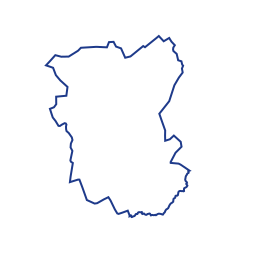 Talin, Aragatsotn, Armenia, rotated 250°
{"feature_id": "60910142B13156315773752", "entity_name": "Talin", "entity_type": "district", "adm_level": 2, "iso_a3": "ARM", "parent_name": "Armenia", "parent_adm1": "Aragatsotn", "projection": "natural_earth1", "projection_center": [43.741, 40.354], "detail": "fine", "context": "isolated", "style": "outline", "palette": "blue", "viewbox_px": 256, "rotation_deg": 250, "n_neighbors": 0, "source": "geoboundaries", "source_scale": "gbopen_adm2", "svg_char_len": 2961}
<svg xmlns="http://www.w3.org/2000/svg" viewBox="0 0 256 256"><g transform="rotate(250 128 128)"><path d="M214.9,72.4L212.5,75.4L210.2,78.2L202.3,78.3L195.8,80.7L187.3,85.2L179.4,81.1L182.0,71.2L174.9,68.7L172.8,65.5L172.7,61.5L172.7,61.2L167.4,61.0L163.6,60.9L159.4,62.3L153.8,63.4L153.2,64.7L153.8,67.1L154.2,70.1L153.5,71.1L152.3,71.3L150.5,70.2L147.9,69.4L146.1,69.2L143.6,70.6L138.4,72.0L135.7,71.7L132.9,69.0L129.4,67.4L125.5,67.9L117.3,62.8L115.9,62.8L114.0,64.2L101.9,57.4L97.0,54.9L96.6,63.5L96.1,64.7L87.6,64.8L74.4,64.7L68.4,70.8L67.9,73.3L69.2,81.1L69.7,85.9L65.8,86.8L56.0,87.8L51.4,88.7L50.5,89.8L50.4,94.0L50.4,99.5L45.5,99.6L44.7,99.3L44.9,100.0L45.0,100.8L44.7,101.0L44.2,100.9L43.5,100.8L43.1,100.9L43.0,101.3L43.0,101.7L43.2,102.7L43.1,103.1L43.1,103.9L43.3,104.4L43.5,104.9L43.9,105.2L44.1,105.4L44.4,105.9L44.4,106.4L44.3,106.6L44.2,106.8L44.0,107.3L44.1,107.6L44.4,107.9L44.7,108.1L44.8,108.2L45.1,108.6L45.2,109.1L45.0,110.0L44.6,110.6L44.4,111.1L44.4,111.6L44.3,112.2L43.9,112.2L43.7,112.1L43.4,112.0L42.7,111.9L42.3,112.1L42.3,113.0L42.3,113.4L42.1,113.8L41.5,113.9L41.1,114.3L40.8,114.6L40.3,115.1L40.1,115.7L40.2,116.1L40.3,116.3L40.5,116.8L40.4,117.2L40.4,117.7L40.3,118.5L40.2,119.1L39.8,119.3L39.7,119.4L39.1,119.5L38.1,119.6L38.0,120.1L38.1,120.6L37.9,121.3L37.5,121.9L37.2,122.6L37.1,123.3L37.1,123.9L36.5,124.4L36.6,124.9L36.7,125.4L36.9,125.8L37.0,126.6L37.0,127.3L36.8,128.0L36.2,129.1L35.7,129.9L35.0,130.6L34.7,131.2L34.8,131.4L35.3,132.0L35.7,132.4L35.9,133.0L36.1,133.5L36.5,133.9L36.5,134.0L36.9,134.4L37.6,134.9L38.4,136.2L38.5,137.0L38.9,138.3L39.6,139.0L39.9,139.3L40.3,139.7L41.1,140.4L41.7,141.3L42.2,141.9L42.5,142.7L42.7,143.8L43.0,144.5L43.3,145.3L43.8,145.5L44.8,146.0L45.6,146.4L46.0,146.8L46.1,147.7L46.4,148.5L46.7,148.7L47.8,149.3L48.0,150.0L47.6,151.0L47.8,151.8L49.0,152.6L50.3,153.3L50.9,153.9L51.1,154.9L51.0,155.6L50.3,156.9L50.0,157.9L49.5,158.6L49.6,159.1L50.0,159.2L50.9,159.5L51.8,159.9L52.2,160.3L52.3,161.0L52.4,161.9L52.5,162.7L53.0,163.4L53.5,164.1L54.0,164.1L54.6,163.8L55.3,163.6L55.7,163.7L56.0,164.2L56.2,164.7L56.9,164.7L57.4,164.6L58.3,164.1L59.2,164.0L60.2,164.2L61.1,164.8L62.4,165.5L63.2,166.2L63.6,166.7L64.1,167.5L64.7,167.9L65.0,168.7L65.1,169.5L65.5,169.8L66.7,169.8L67.2,170.0L67.2,170.4L66.9,170.9L66.9,171.2L75.6,164.9L77.2,163.4L80.6,156.2L81.4,156.4L88.5,164.2L92.1,171.9L97.0,172.8L105.2,168.5L103.1,163.5L103.3,158.6L108.1,160.2L113.0,162.1L124.5,162.2L130.7,162.3L139.1,175.9L152.3,186.2L158.0,193.1L161.4,198.3L161.6,198.4L165.4,199.0L167.7,201.1L169.0,200.6L172.4,201.0L174.5,198.3L181.0,199.1L184.8,197.0L186.4,197.2L188.1,198.1L189.8,200.3L194.2,198.4L195.5,198.1L198.5,197.5L197.3,191.2L203.9,188.4L202.8,185.4L198.1,171.6L199.8,170.3L194.4,154.8L195.0,149.4L205.2,148.7L208.6,144.6L213.9,143.9L215.2,139.5L211.0,135.8L215.1,126.0L219.5,111.2L217.7,107.5L215.4,96.7L217.8,89.7L221.3,84.6L217.7,77.9L214.9,72.4Z" fill="none" stroke="#1e3a8a" stroke-width="2"/></g></svg>